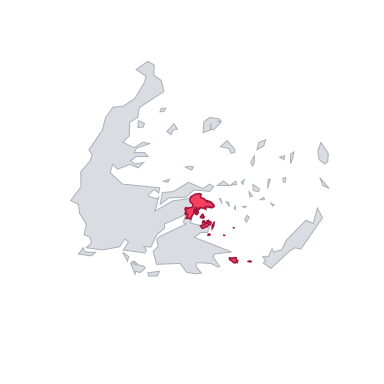 where Attiki sits in Greece, rotated 309°
{"feature_id": "GRC-2884", "entity_name": "Attiki", "entity_type": "Region", "adm_level": 1, "iso_a3": "GRC", "parent_name": "Greece", "parent_adm1": "", "projection": "mercator", "projection_center": [23.522, 37.086], "detail": "fine", "context": "in_parent", "style": "filled", "palette": "rose", "viewbox_px": 384, "rotation_deg": 309, "n_neighbors": 0, "source": "natural_earth", "source_scale": "10m", "svg_char_len": 9037}
<svg xmlns="http://www.w3.org/2000/svg" viewBox="0 0 384 384"><g transform="rotate(309 192 192)"><path d="M251.9,71.5L265.7,75.4L266.9,82.8L258.7,88.8L259.3,97.8L252.5,106.9L224.5,97.9L215.8,102.9L207.0,99.6L196.0,107.9L187.1,107.0L190.0,119.1L199.6,122.4L203.3,129.0L191.3,121.3L186.1,122.3L192.8,130.2L192.2,135.6L184.3,126.2L177.7,124.7L177.9,130.2L184.6,135.9L176.8,134.7L174.5,126.5L162.9,119.8L163.6,112.8L155.5,116.3L154.4,133.0L174.9,164.2L170.1,166.9L170.3,161.2L163.6,159.5L161.3,161.2L162.6,164.4L164.8,169.4L167.7,169.1L153.8,175.3L172.9,182.6L184.9,193.6L192.8,196.4L195.2,216.4L192.9,217.6L179.8,204.9L166.8,210.4L171.3,219.5L176.9,221.0L179.5,225.9L170.3,229.6L166.2,224.4L158.2,222.3L170.3,260.5L157.9,248.5L154.9,249.0L151.6,260.5L149.9,259.5L148.4,251.7L140.2,240.3L136.7,241.6L134.9,250.4L130.6,246.1L126.3,238.5L129.0,227.7L113.5,210.0L121.3,199.2L128.4,199.9L133.0,194.5L136.6,194.7L163.6,207.6L162.8,204.3L170.9,201.4L149.7,190.6L146.8,193.5L137.0,191.5L123.2,194.7L119.3,188.8L118.5,192.9L115.1,193.9L103.6,175.0L113.1,174.2L113.3,169.4L103.9,170.2L90.5,158.7L82.2,144.9L89.1,146.0L92.8,141.5L90.8,135.1L100.5,130.1L104.6,118.1L110.9,111.6L109.0,103.2L126.1,102.5L137.7,92.8L151.7,93.3L158.1,91.1L159.8,85.4L183.5,83.4L195.3,78.1L208.1,77.2L215.3,84.5L228.6,88.7L247.3,86.1L253.2,83.4L251.9,71.5ZM189.6,292.0L198.3,289.9L196.7,293.3L203.6,298.0L213.8,295.7L241.9,298.3L243.7,306.1L258.4,299.5L254.1,309.6L216.0,312.5L213.5,307.2L206.6,304.8L182.3,301.5L181.7,292.0L184.6,292.7L186.4,287.8L189.6,292.0ZM173.0,169.4L180.5,177.2L197.3,183.1L201.4,198.3L209.4,200.9L209.8,205.4L203.7,205.5L194.8,192.3L184.0,190.4L172.8,177.6L162.2,175.1L173.0,169.4ZM260.9,158.7L265.6,166.6L265.8,169.4L263.1,167.8L264.7,170.7L254.0,169.6L252.5,167.6L257.1,163.4L251.5,167.1L245.1,163.3L254.1,157.1L260.9,158.7ZM300.9,278.4L297.3,277.5L297.3,270.1L302.9,264.1L311.7,261.0L307.7,273.7L300.9,278.4ZM252.1,198.4L249.4,200.4L246.5,197.5L249.2,193.6L245.2,185.7L253.9,186.9L252.1,198.4ZM97.9,189.3L104.1,201.1L103.4,203.6L96.7,202.4L94.8,197.8L92.0,199.8L97.9,189.3ZM84.3,154.9L78.9,153.9L72.3,142.8L80.1,142.6L77.9,146.4L84.3,154.9ZM233.8,135.0L231.5,141.3L228.5,138.2L223.3,139.7L223.2,134.4L233.8,135.0ZM272.5,212.8L278.9,216.4L273.0,218.7L265.7,215.9L272.5,212.8ZM215.3,111.9L211.7,113.2L208.1,109.2L213.8,105.6L215.3,111.9ZM101.4,208.6L109.9,216.5L105.0,218.0L99.4,211.3L101.4,208.6ZM236.8,242.4L234.3,243.7L231.7,238.8L236.2,234.4L236.8,242.4ZM220.4,209.5L220.5,217.0L213.2,207.5L220.4,209.5ZM283.6,282.2L281.2,296.3L279.3,289.8L283.6,282.2ZM102.1,183.5L97.6,185.4L101.5,176.1L102.1,183.5ZM168.5,267.5L163.3,268.4L164.4,262.7L168.5,267.5ZM276.0,250.8L283.4,244.8L287.2,245.9L281.6,249.0L276.0,250.8ZM250.3,222.7L251.9,219.0L259.3,217.6L255.2,221.4L250.3,222.7ZM228.1,236.1L227.1,241.6L224.5,240.1L228.1,236.1ZM227.9,219.2L225.9,222.2L221.5,217.5L227.9,219.2ZM212.5,177.3L208.8,178.1L207.2,171.2L209.4,172.6L212.5,177.3ZM240.7,118.8L237.6,119.7L234.1,116.7L237.4,115.5L240.7,118.8ZM208.6,249.5L208.5,252.3L202.8,253.3L203.7,250.2L208.6,249.5ZM251.3,244.7L242.3,248.6L249.5,243.5L251.3,244.7ZM204.9,218.5L201.8,222.8L204.3,217.3L204.9,218.5ZM234.5,224.8L230.1,226.8L230.3,224.2L234.5,224.8ZM262.3,255.7L258.7,258.3L257.0,257.1L259.8,253.9L262.3,255.7ZM278.5,241.2L275.1,243.2L274.3,238.2L278.5,241.2ZM207.1,227.0L204.3,230.3L205.7,224.6L207.1,227.0ZM101.7,190.1L101.9,194.8L99.5,189.1L101.7,190.1ZM232.9,251.1L231.7,253.2L228.8,249.7L232.9,251.1ZM187.6,166.4L184.4,167.1L182.4,163.0L187.6,166.4ZM181.2,208.8L178.8,209.6L177.5,208.6L179.3,206.5L181.2,208.8ZM208.5,234.6L205.5,236.7L206.0,234.8L208.5,234.6ZM233.0,259.6L233.7,264.2L231.9,263.6L233.0,259.6ZM215.0,243.1L212.6,242.7L212.7,240.5L215.0,243.1Z" fill="#d9dde1" stroke="#a8b0b8" stroke-width="1"/><path d="M187.2,194.0L187.6,194.0L188.3,194.3L188.6,194.4L191.3,195.6L191.8,195.7L192.3,195.8L192.8,196.2L193.5,197.1L194.8,198.2L195.0,198.5L195.6,198.9L195.7,199.2L195.7,199.5L195.6,200.0L195.9,200.3L195.6,200.4L195.5,200.6L195.4,201.0L195.4,201.5L195.2,201.0L194.7,201.0L193.4,201.8L193.4,202.5L193.8,204.0L194.0,204.7L194.2,205.2L194.5,205.6L194.6,205.9L194.5,206.2L194.2,207.0L194.0,207.3L194.0,207.6L194.1,208.0L194.1,208.4L194.0,208.8L194.3,208.8L194.7,208.9L194.9,209.1L195.0,209.5L194.9,209.7L194.0,210.0L194.5,210.4L194.8,210.5L195.2,210.5L195.6,210.9L195.4,211.2L195.4,211.5L195.6,211.9L195.4,212.0L195.2,212.2L195.2,212.4L195.8,212.8L196.1,213.1L196.1,213.7L196.1,214.5L196.0,214.9L195.4,215.6L195.7,215.8L195.7,216.0L195.4,216.0L195.4,216.3L195.5,216.3L195.5,216.6L195.6,216.8L195.5,216.7L195.4,216.8L195.7,217.1L195.5,217.5L195.0,217.9L194.6,218.4L194.3,218.2L193.2,217.8L192.8,217.7L192.3,217.5L192.1,217.1L192.1,215.8L191.9,215.8L191.5,216.0L191.3,215.3L191.0,213.8L190.9,213.9L190.6,214.1L190.4,213.5L189.9,212.9L189.4,212.6L189.1,212.6L188.9,212.5L188.7,212.4L188.7,212.2L188.3,212.9L188.0,212.9L187.7,212.8L187.5,213.1L187.5,212.9L187.5,212.7L187.4,212.6L187.1,212.6L187.3,212.2L187.2,211.8L186.6,211.2L186.5,210.5L185.3,208.8L185.2,208.3L184.8,208.1L184.3,208.2L183.8,208.4L183.3,208.5L183.3,208.3L183.6,208.2L183.7,207.8L183.3,208.0L183.0,207.8L182.8,207.5L182.5,207.3L182.1,207.3L181.7,207.2L181.4,207.1L181.2,206.8L182.2,205.9L182.5,205.4L182.3,204.8L182.0,204.5L181.8,204.5L181.7,204.6L181.4,204.6L180.4,204.6L180.1,204.7L179.9,204.9L179.7,205.0L178.9,205.2L178.7,205.2L178.4,205.4L177.3,206.3L176.8,206.6L177.8,206.8L177.2,207.0L175.0,206.8L172.1,207.1L171.1,207.6L170.3,208.2L170.2,208.2L169.8,206.9L168.9,205.3L168.0,204.1L167.9,204.0L168.6,203.9L170.6,203.3L171.1,202.8L171.6,202.7L171.9,202.5L171.7,202.1L171.2,201.6L170.7,201.5L170.7,201.3L170.7,201.0L171.1,201.0L171.7,200.8L172.0,200.8L172.0,200.5L171.8,200.5L171.9,200.4L171.8,200.2L170.6,199.8L172.2,199.8L173.1,200.0L173.5,199.5L173.7,197.9L174.1,197.5L174.6,197.2L175.7,196.9L176.1,197.2L176.4,197.8L176.1,198.3L176.0,198.7L176.4,199.1L176.9,199.2L177.4,199.1L177.8,199.4L178.9,200.9L179.4,201.2L180.3,201.4L180.7,201.7L181.2,201.8L182.2,201.1L183.0,200.3L183.2,196.9L183.8,196.0L184.8,195.1L186.3,194.6L187.1,194.2L187.2,194.0ZM171.0,220.0L172.2,220.9L172.4,220.6L173.5,221.6L174.0,221.8L174.5,222.3L174.8,222.5L175.2,222.5L175.9,222.1L175.8,221.2L175.3,220.2L174.5,219.9L174.5,219.6L175.0,219.3L175.5,219.0L176.9,218.9L177.2,219.3L177.1,220.3L176.7,221.3L176.2,221.8L176.5,222.1L176.8,222.3L177.2,222.5L177.6,222.5L177.6,222.8L177.0,223.0L176.8,223.0L177.0,223.2L177.3,223.4L178.0,223.5L178.6,223.9L179.2,224.1L180.5,225.2L180.3,225.4L180.3,225.5L180.5,225.7L180.5,225.9L179.9,226.2L178.3,226.8L178.1,226.8L178.1,226.2L178.1,225.9L177.8,225.5L176.7,225.5L176.2,225.7L174.8,225.4L174.3,225.5L173.5,224.7L173.0,224.6L172.2,224.0L170.8,223.5L170.4,223.1L170.2,222.6L170.4,221.6L171.0,220.1L171.0,220.0ZM166.1,265.3L168.0,266.6L168.4,267.2L168.7,267.8L168.1,268.0L167.7,268.2L167.4,268.5L167.3,269.0L167.3,271.0L167.1,271.0L166.7,271.0L166.2,270.9L165.9,270.9L165.6,271.3L165.5,270.8L165.2,270.5L164.4,270.3L164.4,270.2L164.4,269.9L163.9,269.9L163.7,269.6L163.4,269.1L163.3,268.9L163.5,266.9L163.5,266.1L163.3,265.3L163.1,265.0L163.0,264.6L163.1,264.3L163.9,262.8L164.3,262.5L164.6,262.7L165.7,264.8L166.1,265.3ZM177.2,209.7L177.0,209.2L177.2,208.9L177.6,208.5L178.1,208.3L178.9,208.5L179.2,208.2L179.5,207.7L179.7,207.3L179.4,207.3L179.1,207.5L178.9,207.7L178.7,207.8L178.4,207.8L177.9,207.6L177.6,207.6L178.6,207.1L178.2,206.9L177.8,206.6L178.1,206.5L178.4,206.6L178.7,206.6L178.9,206.8L179.0,206.6L178.9,206.4L179.1,206.2L179.4,206.1L179.6,206.1L180.3,206.2L180.6,206.3L180.8,206.6L180.6,206.8L180.7,207.0L180.7,207.3L180.9,207.5L181.1,207.6L181.0,207.8L181.8,207.8L180.8,208.3L181.0,208.7L180.4,209.2L180.3,209.7L180.1,209.7L179.8,209.5L179.5,209.7L179.2,210.0L178.8,210.2L178.4,210.2L177.6,209.9L177.2,209.7ZM181.0,214.1L181.5,214.3L181.3,214.7L181.0,215.1L181.0,215.6L180.6,215.8L180.6,216.2L180.6,216.6L180.5,217.0L180.2,217.1L179.6,217.3L179.3,217.5L179.1,217.3L179.0,217.2L178.6,217.0L178.6,216.8L178.9,216.6L178.9,216.2L178.6,215.9L178.3,215.8L177.9,215.6L177.7,215.1L177.6,214.6L177.7,214.3L181.0,214.1ZM182.2,228.3L181.7,228.8L181.1,229.0L180.4,229.2L179.9,229.0L180.0,229.7L179.7,230.1L179.1,230.2L178.5,230.2L176.9,230.7L176.2,230.7L178.7,228.8L179.4,228.6L180.7,228.6L181.2,228.3L182.2,228.3ZM169.4,231.2L169.6,231.3L170.0,231.6L170.2,231.8L170.3,232.0L170.4,232.4L170.3,232.8L170.0,232.9L169.5,232.8L169.1,232.4L168.9,232.1L168.4,231.7L168.6,231.5L168.9,231.3L169.1,231.2L169.4,231.2ZM179.1,221.8L179.3,221.8L179.3,222.1L179.5,222.4L179.8,222.6L180.1,222.8L180.5,222.8L180.5,223.0L179.9,223.3L179.2,223.4L178.5,223.3L178.0,223.0L178.0,222.8L178.8,222.6L179.1,222.3L179.1,221.8ZM173.6,279.5L174.1,279.9L174.6,280.1L175.0,280.6L175.1,281.9L174.9,281.9L174.7,281.5L174.1,280.8L173.8,280.4L173.6,280.0L173.4,279.3L173.5,279.3L173.6,279.5ZM178.6,244.0L178.8,244.2L178.8,244.6L178.7,244.6L178.5,244.3L178.4,244.2L178.4,243.8L178.5,243.8L178.6,244.0ZM190.5,246.7L190.6,246.9L190.6,247.1L190.3,247.0L190.3,246.7L190.5,246.7Z" fill="#f43f5e" stroke="#9f1239" stroke-width="1.5"/></g></svg>